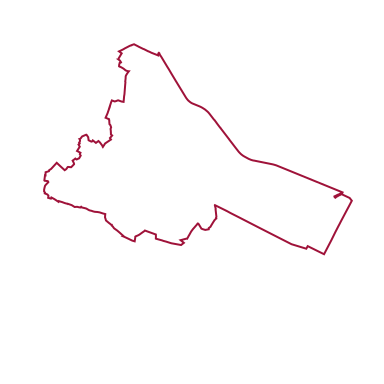 Slampes pag., Tukums, Latvia (orthographic projection), rotated 37°
{"feature_id": "27541924B56593653615616", "entity_name": "Slampes pag.", "entity_type": "district", "adm_level": 2, "iso_a3": "LVA", "parent_name": "Latvia", "parent_adm1": "Tukums", "projection": "orthographic", "projection_center": [23.272, 56.873], "detail": "fine", "context": "isolated", "style": "outline", "palette": "rose", "viewbox_px": 384, "rotation_deg": 37, "n_neighbors": 0, "source": "geoboundaries", "source_scale": "gbopen_adm2", "svg_char_len": 5404}
<svg xmlns="http://www.w3.org/2000/svg" viewBox="0 0 384 384"><g transform="rotate(37 192 192)"><path d="M324.9,102.8L321.5,101.9L312.8,103.7L312.4,104.2L312.3,104.6L312.1,104.8L312.0,105.2L311.9,105.6L311.7,105.8L310.7,107.3L310.9,107.7L309.6,109.8L310.0,110.0L309.9,110.3L309.4,110.2L308.9,110.2L308.4,109.8L309.5,107.7L309.8,106.9L310.9,105.2L311.1,104.6L311.4,104.1L311.9,103.4L312.7,102.6L312.5,101.7L254.6,117.0L245.2,119.5L243.3,120.0L242.5,120.3L241.4,120.7L239.9,121.3L222.8,129.5L221.9,130.0L220.9,130.4L219.8,130.8L219.0,131.0L217.5,131.4L213.5,132.0L212.0,132.2L211.8,132.2L211.1,132.3L209.8,132.3L208.6,132.3L207.0,132.1L206.4,132.0L205.2,131.8L198.9,130.1L195.0,129.0L190.2,127.7L189.9,127.5L189.7,127.5L176.7,123.9L176.0,123.6L175.8,123.7L169.9,122.0L169.8,121.9L168.3,121.5L166.7,121.0L166.1,121.0L159.2,119.1L158.0,118.8L157.0,118.6L156.4,118.5L154.9,118.4L153.0,118.3L152.1,118.3L151.2,118.4L149.7,118.5L149.0,118.6L147.7,118.8L146.4,119.1L140.7,120.6L139.2,121.0L138.2,121.2L137.1,121.3L135.8,121.3L134.3,121.2L133.9,121.2L132.2,120.8L130.8,120.4L129.5,119.9L112.6,113.2L112.0,113.0L110.9,112.5L110.1,112.2L103.9,109.7L99.6,107.9L96.7,106.8L86.3,102.6L84.0,101.8L82.8,101.2L82.5,100.9L81.8,100.8L81.7,101.3L82.1,102.6L82.7,103.3L76.2,105.1L75.9,105.2L74.2,105.5L72.5,105.9L72.4,106.0L67.8,106.8L66.9,107.1L61.7,108.1L60.6,108.2L60.3,108.3L57.4,108.8L56.8,108.9L55.5,110.8L55.2,111.3L55.3,111.4L55.1,111.7L54.4,112.6L51.9,117.8L51.3,119.3L49.8,122.3L49.1,123.6L50.6,123.6L52.4,123.6L53.0,129.3L53.5,130.3L53.4,130.4L54.6,130.4L55.2,130.4L55.9,130.6L57.1,131.1L57.3,131.2L57.1,131.8L56.5,132.3L57.2,134.1L58.1,135.5L58.7,135.5L59.4,135.2L60.4,135.0L62.0,134.8L63.0,134.7L63.5,134.7L65.6,134.8L66.4,134.7L66.9,134.5L67.9,134.2L68.6,133.8L68.9,133.6L68.9,136.2L69.1,138.2L69.2,138.9L69.3,139.1L69.4,139.4L69.6,139.8L70.1,140.5L70.6,141.2L72.3,144.1L72.7,144.3L74.0,146.4L79.1,154.4L79.6,155.3L80.1,156.3L80.6,157.1L81.6,158.7L83.1,161.2L81.4,162.1L80.5,162.4L78.2,163.1L77.9,163.2L77.7,163.4L77.4,163.8L76.9,164.7L76.6,165.1L76.3,165.5L75.9,166.1L75.5,166.3L72.9,167.1L73.4,169.0L75.3,174.5L75.4,174.4L76.7,178.6L77.1,179.7L77.5,181.3L78.3,184.7L81.8,183.8L81.9,184.0L82.0,184.2L82.5,184.3L83.2,185.0L83.6,185.6L85.2,187.4L85.3,187.5L86.0,187.6L86.3,187.6L87.6,188.4L87.9,188.6L88.6,189.2L88.6,189.3L89.0,190.7L89.5,191.1L90.5,192.2L92.4,194.5L92.5,194.7L93.1,194.9L94.2,194.9L94.2,195.6L94.0,198.3L95.7,198.9L95.3,199.9L95.0,200.9L93.4,205.5L93.4,205.8L93.5,206.8L93.6,207.7L93.6,208.4L93.7,209.7L93.4,209.6L92.8,209.1L92.7,209.0L92.3,208.9L88.9,207.9L88.5,207.8L86.6,207.6L85.7,210.6L82.5,210.5L81.7,210.5L81.8,211.5L81.7,211.9L81.6,212.1L81.3,212.3L81.0,212.4L78.3,212.9L76.1,210.7L73.4,209.8L73.2,209.8L72.9,210.1L70.9,213.6L70.8,213.9L70.8,216.3L70.6,217.0L70.3,217.4L70.7,217.5L71.6,218.3L72.2,219.5L72.1,220.1L72.2,220.7L73.1,220.9L73.1,221.0L73.0,222.2L72.9,222.4L75.1,223.4L75.5,228.4L79.3,227.8L79.6,229.3L81.2,229.9L81.4,231.5L81.5,232.8L81.6,233.0L81.0,234.0L80.9,234.2L80.8,234.6L80.6,234.9L80.2,235.5L78.7,235.5L78.5,236.4L77.9,238.4L77.8,238.8L79.5,239.6L79.9,239.8L81.0,240.6L81.1,240.8L80.6,244.8L80.5,245.0L78.0,246.5L77.8,246.7L77.7,246.9L77.7,247.2L77.8,248.8L77.8,249.3L77.7,249.7L77.2,251.2L71.0,250.6L66.4,250.1L65.6,258.3L64.8,260.6L65.2,261.5L63.2,264.3L64.8,266.7L64.9,266.8L64.5,267.0L67.1,271.6L67.5,271.7L70.3,270.1L70.9,270.3L71.0,270.4L71.0,270.5L71.3,270.6L71.3,270.9L70.9,274.2L70.9,275.5L71.8,277.7L72.3,278.7L72.4,279.0L73.6,280.6L74.9,280.9L75.1,281.0L75.3,281.7L78.0,281.0L79.5,281.3L80.1,282.2L80.6,283.2L82.0,282.7L83.3,282.2L83.0,281.0L86.4,280.5L91.3,280.2L91.1,279.4L93.4,278.6L94.1,278.3L97.1,277.4L98.9,276.7L99.6,276.3L99.8,276.3L99.8,276.2L103.8,274.9L107.3,274.6L109.0,273.1L109.5,272.8L110.3,272.5L112.1,271.6L112.3,270.7L112.6,270.8L112.7,270.5L113.4,270.6L115.9,269.5L116.6,269.2L117.7,268.8L119.7,268.6L120.2,268.5L120.6,268.5L121.8,268.1L122.6,267.7L123.1,267.5L123.7,267.3L124.4,267.1L125.9,266.5L126.8,266.0L128.3,265.0L130.4,263.9L133.9,262.7L136.0,261.8L136.8,263.1L137.8,264.6L139.0,265.4L140.4,266.5L144.1,266.7L145.7,266.7L147.3,266.8L147.7,266.5L148.2,267.1L149.4,267.2L151.6,267.9L155.4,267.8L158.9,268.0L162.1,268.3L163.6,268.4L163.6,268.7L163.5,268.9L165.1,268.5L169.4,267.6L173.5,266.8L175.9,265.9L173.7,261.8L173.6,261.7L173.9,260.9L174.5,260.0L175.1,258.9L175.6,257.8L175.9,256.9L176.3,255.5L177.6,251.5L177.6,251.1L179.3,250.6L188.7,247.7L190.0,249.3L191.2,251.0L191.6,250.9L197.4,248.6L198.5,248.3L201.2,247.2L206.3,245.4L215.2,240.9L215.5,239.7L216.1,237.5L211.9,237.3L213.1,235.8L213.8,234.9L215.7,232.5L215.9,232.3L216.2,232.2L216.1,231.8L216.1,231.0L215.8,229.3L215.6,227.5L215.2,224.7L215.1,223.8L215.1,221.9L215.1,221.0L215.3,218.4L215.4,216.6L215.5,215.9L215.5,215.1L215.5,213.8L215.6,213.6L216.6,213.6L216.8,213.7L221.6,215.6L223.0,215.2L225.4,214.3L227.8,211.7L227.1,210.7L227.7,208.7L227.5,207.3L227.1,203.2L227.0,201.8L227.0,201.6L226.9,201.1L227.2,199.3L227.2,199.1L226.9,198.6L227.1,198.4L226.8,198.2L226.4,197.1L226.2,196.9L221.3,191.7L221.2,191.6L221.1,191.4L221.1,191.2L218.2,188.8L218.2,188.7L230.4,186.4L230.7,186.4L230.8,186.3L235.6,185.6L245.7,183.8L266.6,180.2L284.8,177.0L302.9,173.8L317.4,168.5L317.0,165.6L318.0,165.4L329.2,163.3L334.9,162.2L332.3,146.6L330.6,137.7L329.4,130.7L329.1,128.7L328.6,125.9L326.6,113.4L325.9,108.9L324.9,102.8Z" fill="none" stroke="#9f1239" stroke-width="2"/></g></svg>